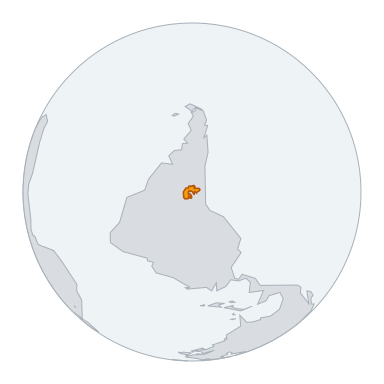 the Earth from above Salta, rotated 176°
{"feature_id": "ARG-1303", "entity_name": "Salta", "entity_type": "Province", "adm_level": 1, "iso_a3": "ARG", "parent_name": "Argentina", "parent_adm1": "", "projection": "orthographic", "projection_center": [-65.55, -24.191], "detail": "fine", "context": "on_globe", "style": "filled", "palette": "amber", "viewbox_px": 384, "rotation_deg": 176, "n_neighbors": 0, "source": "natural_earth", "source_scale": "10m", "svg_char_len": 6098}
<svg xmlns="http://www.w3.org/2000/svg" viewBox="0 0 384 384"><g transform="rotate(176 192 192)"><circle cx="192" cy="192" r="169" fill="#eef3f6" stroke="#a8b0b8"/><path d="M160.1,26.1L152.5,27.8L149.6,28.8L150.7,29.0L164.2,27.6L163.2,28.8L165.7,29.9L168.8,28.6L167.9,27.5L174.2,25.9L172.4,25.2L174.7,24.7L174.9,24.1L180.7,23.7L186.2,23.7L186.3,24.3L188.7,24.5L193.4,23.8L198.1,25.4L209.2,27.7L209.8,28.4L202.4,29.4L190.4,29.3L180.8,32.5L193.0,30.1L194.2,32.8L196.9,33.3L200.3,33.3L202.1,32.2L203.8,33.4L192.4,35.6L190.7,34.6L194.3,33.8L188.7,33.9L181.0,36.3L182.3,38.0L169.4,41.4L170.1,42.7L167.7,44.5L167.4,42.0L167.7,46.9L152.8,54.8L152.9,65.8L146.4,58.1L140.1,58.2L132.5,59.9L132.3,61.6L122.4,62.7L112.9,68.9L108.5,79.1L111.2,85.7L122.3,83.2L126.0,78.1L134.4,75.5L127.5,88.7L142.0,87.8L140.1,97.8L144.2,102.4L151.6,100.0L159.3,101.7L165.0,95.3L174.2,91.6L174.1,99.7L179.3,92.0L184.3,95.8L202.6,95.5L201.2,97.3L216.6,107.8L233.4,113.8L237.3,120.7L235.3,124.5L241.2,126.4L241.3,129.1L264.8,137.3L276.9,147.2L276.5,157.1L266.4,166.7L257.3,191.2L239.1,197.1L234.5,207.8L220.4,223.1L209.4,221.0L212.6,229.8L206.5,234.7L199.4,234.8L198.2,241.0L193.0,241.0L196.5,245.3L188.4,253.6L191.1,260.6L185.3,267.6L187.3,271.8L185.0,271.7L182.6,273.3L182.5,275.8L175.1,272.1L172.5,262.7L174.8,257.9L171.7,257.3L176.4,245.2L173.2,247.7L173.2,230.5L177.4,216.5L179.2,179.1L175.4,172.3L162.3,165.1L146.5,142.2L150.5,132.1L147.2,128.1L158.2,114.0L155.4,102.9L151.6,101.7L147.7,106.4L134.8,101.4L130.6,94.1L93.3,91.8L90.0,89.5L90.9,83.8L83.3,72.4L84.3,85.4L80.4,84.3L78.3,80.5L80.7,78.1L80.8,72.0L78.0,71.8L81.7,65.0L95.3,53.5L95.5,53.5L98.7,51.1L110.1,44.2L122.0,38.2L134.4,33.2L147.1,29.1L160.1,26.1ZM151.6,70.0L168.2,74.4L158.4,76.0L160.3,74.7L156.2,72.6L148.4,71.3L139.9,73.9L151.6,70.0ZM159.9,62.5L157.0,62.4L159.9,62.1L159.9,62.5ZM97.5,51.9L97.1,52.2L96.2,52.8L97.5,51.9ZM171.7,24.5L173.3,24.3L172.4,24.5L171.7,24.5ZM170.4,24.5L168.2,24.9L167.3,25.0L168.6,24.7L170.4,24.5ZM170.5,24.4L173.2,24.1L165.8,25.1L164.2,25.4L165.4,25.1L170.5,24.4ZM187.7,280.1L175.8,273.5L182.4,276.4L186.5,272.5L192.9,277.8L187.7,280.1ZM199.9,270.6L204.9,268.8L206.3,270.0L203.1,271.6L199.9,270.6ZM309.1,70.2L313.2,75.1L310.7,73.6L304.9,69.1L294.6,58.6L301.4,63.2L301.2,63.1L309.1,70.2ZM345.3,263.1L343.4,267.1L342.7,267.7L339.3,273.6L335.9,277.5L332.1,279.4L331.1,272.4L335.0,266.5L340.5,252.3L349.8,221.5L354.3,211.4L355.9,201.6L354.7,176.3L355.2,166.2L353.9,160.2L351.7,158.6L349.7,151.5L348.0,149.7L334.2,143.3L327.4,133.0L313.3,107.9L313.9,101.3L309.6,92.0L310.3,73.5L315.5,77.9L319.8,81.4L327.4,90.9L334.3,100.9L340.4,111.3L345.8,122.1L350.4,133.3L354.2,144.8L357.2,156.6L359.3,168.5L360.6,180.6L361.0,192.7L360.5,204.8L359.1,216.8L356.9,228.7L353.9,240.5L350.0,251.9L345.3,263.1ZM315.9,84.5L317.3,86.9L317.3,87.0L315.9,84.5ZM203.2,95.4L205.4,97.0L202.4,97.0L203.2,95.4ZM156.9,79.1L160.5,78.9L162.3,79.9L159.5,80.5L156.9,79.1ZM187.7,77.4L191.9,78.0L187.4,78.7L187.7,77.4ZM170.9,75.0L184.3,77.3L175.6,79.7L167.2,78.6L173.1,77.5L170.9,75.0ZM157.8,66.5L160.0,66.8L159.2,68.1L157.8,66.5ZM162.0,62.3L161.1,62.5L160.1,61.7L162.0,62.3ZM194.9,32.7L195.8,32.5L199.2,32.7L197.5,33.1L194.9,32.7ZM214.8,31.6L217.1,33.5L214.3,32.3L212.3,32.9L204.1,31.5L209.6,28.8L208.6,30.1L214.8,31.6ZM194.6,29.5L199.2,30.3L194.0,29.5L194.6,29.5ZM195.0,23.1L194.0,23.1L190.9,23.0L195.0,23.1ZM189.7,23.1L193.2,23.2L187.8,23.2L191.1,23.4L180.3,23.5L175.7,23.8L181.7,23.4L181.9,23.3L189.7,23.1ZM222.2,25.8L223.8,26.4L216.4,25.2L210.1,24.1L207.8,23.8L222.2,25.8Z" fill="#d9dde1" stroke="#a8b0b8" stroke-width="1"/><path d="M187.2,191.5L187.4,190.7L187.5,190.8L187.8,190.9L187.9,191.0L188.0,191.1L188.1,191.3L188.3,191.4L188.4,191.5L188.5,191.6L188.8,191.8L188.9,192.0L189.0,192.0L189.3,192.2L189.5,192.1L189.7,191.9L189.8,191.8L189.8,191.7L189.8,191.4L189.9,191.1L189.9,190.8L189.9,190.6L189.8,190.3L189.7,190.1L189.7,189.9L189.8,189.6L190.0,189.6L190.3,189.7L190.7,190.0L190.8,190.1L190.8,190.3L190.8,190.5L190.7,190.8L190.7,191.0L190.8,191.0L190.8,191.3L191.0,191.4L191.2,191.5L191.4,191.6L191.4,191.8L191.5,192.0L191.8,192.5L192.0,192.7L192.3,192.8L192.5,192.8L192.8,192.9L193.0,192.8L193.3,193.1L193.6,193.2L193.9,192.9L194.0,192.8L194.5,193.3L194.5,193.2L194.8,192.9L195.0,192.8L195.0,192.7L195.3,192.7L195.6,192.3L195.7,192.2L195.7,190.1L195.3,190.0L195.2,190.0L195.1,190.3L194.9,190.3L194.8,190.1L194.7,190.0L194.6,189.9L194.4,189.8L194.2,189.9L194.1,190.0L193.9,190.0L193.8,189.9L193.7,189.6L193.6,189.4L193.4,189.3L193.4,189.2L193.5,188.7L193.4,188.5L193.0,188.5L193.0,188.4L192.9,188.4L192.8,188.1L192.7,187.7L192.8,187.4L192.7,187.3L192.6,187.1L192.7,186.9L192.8,186.6L192.9,186.3L192.9,186.2L193.0,185.9L193.4,185.8L194.0,186.0L194.3,186.1L194.5,186.1L194.7,186.3L194.7,186.5L194.8,186.7L194.8,186.8L194.9,187.0L195.1,187.2L195.0,187.3L195.1,187.5L195.2,187.8L195.3,187.9L195.2,187.9L195.3,188.0L195.4,187.9L195.4,187.6L195.5,187.2L195.7,186.9L195.8,186.9L196.0,186.3L196.1,186.2L196.2,185.9L196.3,185.8L196.4,185.6L196.5,185.6L196.8,185.6L197.1,185.6L198.9,185.6L199.3,185.6L199.5,185.6L199.5,185.8L199.6,186.0L199.8,186.2L199.9,186.3L200.0,186.4L200.0,186.5L200.4,186.8L200.5,186.9L200.7,187.0L200.6,191.9L200.6,192.7L198.6,195.3L197.7,196.4L196.3,196.3L195.7,196.1L195.0,197.4L195.0,197.5L194.9,197.7L194.8,197.9L194.8,198.0L194.3,198.0L194.2,198.0L193.9,198.0L193.7,198.1L193.4,198.0L192.8,197.8L192.7,197.8L192.7,197.7L192.3,197.7L192.0,197.6L191.9,197.6L191.7,197.6L191.6,197.8L191.6,198.0L191.4,198.2L190.7,198.1L190.5,197.9L190.4,197.9L190.2,197.8L190.1,198.0L189.9,198.4L189.8,198.5L189.7,198.5L189.6,198.4L189.4,198.2L189.3,197.9L189.2,197.8L189.2,197.6L189.0,197.4L188.7,197.0L188.7,196.9L188.6,196.7L188.8,196.5L188.8,196.4L189.0,196.4L189.3,196.4L189.5,196.2L189.5,195.9L189.5,195.7L189.4,195.6L189.4,195.3L189.3,195.2L189.2,195.2L186.0,195.3L184.1,194.9L184.3,194.9L184.5,194.8L184.4,194.7L184.3,194.4L184.2,194.3L184.2,194.2L183.9,193.9L184.0,193.5L184.1,193.4L184.3,193.2L184.5,193.0L184.6,192.9L184.7,192.7L184.8,192.6L185.4,192.4L186.7,191.7L187.0,191.6L187.2,191.5Z" fill="#f59e0b" stroke="#b45309" stroke-width="1.5"/></g></svg>